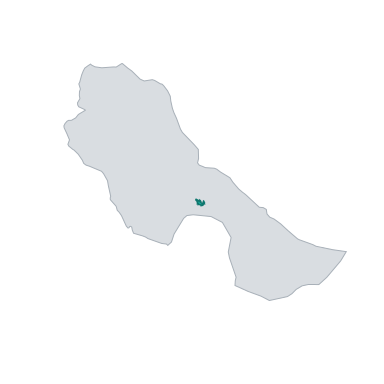 Stopiņu pag., Stopinu, Latvia (highlighted), rotated 217°
{"feature_id": "27541924B13594344549497", "entity_name": "Stopiņu pag.", "entity_type": "district", "adm_level": 2, "iso_a3": "LVA", "parent_name": "Latvia", "parent_adm1": "Stopinu", "projection": "robinson", "projection_center": [24.317, 56.919], "detail": "fine", "context": "in_parent", "style": "filled", "palette": "teal", "viewbox_px": 384, "rotation_deg": 217, "n_neighbors": 0, "source": "geoboundaries", "source_scale": "gbopen_adm2", "svg_char_len": 3623}
<svg xmlns="http://www.w3.org/2000/svg" viewBox="0 0 384 384"><g transform="rotate(217 192 192)"><path d="M281.0,260.1L278.8,259.9L272.4,258.1L267.0,255.4L263.7,251.9L258.1,247.1L254.4,244.6L248.7,241.5L239.1,235.3L235.6,233.8L218.7,231.1L212.6,229.8L206.9,222.7L205.1,218.6L202.3,217.8L199.3,218.7L196.0,219.5L188.5,224.4L186.0,225.1L181.3,225.1L170.3,226.2L165.2,224.4L156.5,222.5L151.8,222.2L147.6,222.2L129.1,220.3L125.7,222.4L122.2,222.8L118.9,219.6L114.8,218.7L110.2,219.8L101.9,219.9L92.1,218.9L79.6,218.1L77.7,218.4L63.8,222.7L60.3,223.3L45.1,230.5L32.9,237.2L31.8,226.5L33.0,205.0L35.0,194.4L43.4,188.2L47.6,183.3L50.2,176.9L51.0,170.9L52.8,166.0L64.9,151.9L74.4,150.3L87.2,146.4L101.4,143.2L104.1,147.3L105.5,150.5L122.5,162.0L126.9,165.9L133.4,179.2L149.4,186.0L161.9,183.9L167.4,180.6L177.4,174.5L181.9,170.1L182.8,165.9L181.0,147.6L178.3,139.7L179.2,134.8L181.0,135.1L185.2,132.7L199.1,128.3L201.9,128.1L205.1,127.2L213.8,123.9L216.7,125.6L219.0,127.7L220.3,127.7L221.0,126.9L220.8,125.6L221.4,124.7L223.9,125.2L234.1,130.7L238.0,132.0L240.7,132.4L243.9,134.9L252.6,136.7L253.7,138.0L254.4,139.7L262.6,146.7L266.3,150.2L273.6,153.4L276.7,154.1L289.3,150.9L292.8,149.7L295.7,149.7L298.7,151.4L305.5,153.7L311.7,154.5L312.8,154.3L318.0,154.5L319.8,155.4L321.2,159.9L327.2,163.4L332.7,166.3L334.1,167.7L334.6,170.3L334.4,173.3L333.7,174.9L331.4,176.7L329.5,181.2L329.4,185.6L326.4,193.1L327.1,193.3L333.7,191.9L335.6,192.7L337.1,194.3L337.7,199.1L340.0,201.2L342.3,204.5L343.1,207.1L347.4,210.2L347.8,212.2L350.6,219.2L351.7,223.3L352.2,226.4L351.0,230.4L350.0,233.1L348.6,232.9L344.8,233.6L338.8,236.9L330.0,244.6L327.7,246.2L325.5,252.1L324.9,252.7L319.7,252.4L318.2,252.3L312.9,252.4L301.4,250.9L297.0,251.9L291.3,257.8L289.0,258.6L282.2,259.4L281.0,260.1Z" fill="#d9dde1" stroke="#a8b0b8" stroke-width="1"/><path d="M179.3,186.1L179.2,186.2L179.0,186.3L178.9,186.3L178.9,186.2L178.6,186.4L178.5,186.5L178.4,186.6L178.2,186.6L177.9,186.8L177.7,186.9L177.3,186.8L177.2,186.8L176.9,186.8L176.9,187.0L176.6,187.3L176.4,187.1L176.3,186.8L176.2,186.9L175.9,187.3L175.8,187.6L175.6,187.6L175.4,187.8L175.4,188.0L175.4,188.3L175.5,188.6L175.4,188.7L175.4,188.9L175.4,189.1L175.5,189.3L175.4,189.3L175.4,189.5L175.4,189.8L175.1,190.0L175.3,190.1L175.2,190.2L175.4,190.5L175.5,190.5L175.9,190.8L176.0,190.8L175.9,190.9L175.8,191.0L176.0,191.1L176.5,191.4L176.7,191.5L176.8,191.6L177.0,191.7L177.3,191.7L177.2,191.4L177.1,191.1L177.0,190.9L176.8,190.7L176.5,190.3L176.4,190.1L176.3,189.9L176.2,189.8L176.3,189.8L176.3,189.7L176.3,189.4L176.2,189.4L176.3,189.2L176.6,189.2L176.6,188.9L176.4,188.9L176.7,188.9L176.9,188.9L177.0,188.9L177.3,188.9L177.5,188.9L177.8,188.9L178.0,188.9L178.4,188.9L178.5,188.9L178.8,188.9L179.0,188.9L179.3,188.9L179.6,189.0L179.8,189.0L180.0,189.1L180.3,189.1L180.2,189.3L179.9,189.5L179.6,189.8L179.9,189.9L180.0,190.0L180.3,190.1L180.5,190.1L180.4,190.0L180.5,190.0L180.5,189.9L180.8,189.8L181.0,189.7L181.1,189.4L181.1,189.2L181.3,189.1L181.5,189.0L181.8,189.0L182.0,189.0L182.3,189.0L182.5,189.0L182.6,188.9L182.8,188.9L183.4,188.8L183.6,188.8L184.0,188.8L184.4,188.5L184.3,188.2L184.2,188.1L184.0,187.9L183.3,187.8L183.0,187.8L182.8,187.7L182.6,187.9L182.5,188.0L182.4,188.1L182.2,188.3L182.3,188.5L182.2,188.6L182.0,188.4L181.9,188.1L181.7,188.1L181.7,187.9L181.5,187.7L181.6,187.1L181.4,187.0L181.2,187.0L181.1,186.9L181.1,186.7L180.9,186.7L180.7,186.6L180.4,186.5L180.4,186.4L180.2,186.3L180.2,186.2L180.1,186.3L180.0,186.2L180.0,186.3L179.9,186.3L180.0,186.3L179.9,186.4L179.8,186.2L179.7,186.2L179.4,186.1L179.3,186.1Z" fill="#14b8a6" stroke="#0f766e" stroke-width="1.5"/></g></svg>